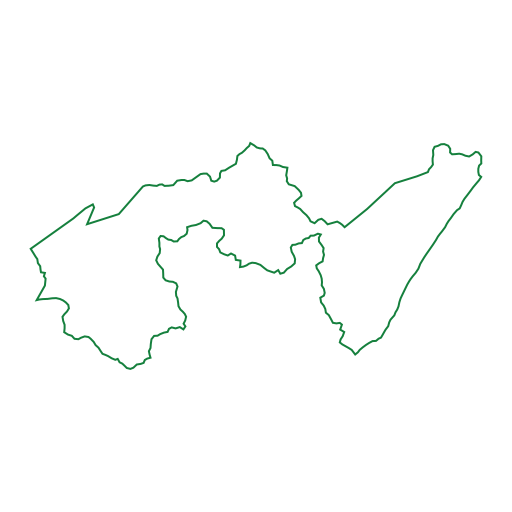 the district of Mata de São João, Bahia, Brazil
{"feature_id": "56859067B13319482102872", "entity_name": "Mata de São João", "entity_type": "district", "adm_level": 2, "iso_a3": "BRA", "parent_name": "Brazil", "parent_adm1": "Bahia", "projection": "mercator", "projection_center": [-38.132, -12.491], "detail": "fine", "context": "isolated", "style": "outline", "palette": "green", "viewbox_px": 512, "rotation_deg": 0, "n_neighbors": 0, "source": "geoboundaries", "source_scale": "gbopen_adm2", "svg_char_len": 4819}
<svg xmlns="http://www.w3.org/2000/svg" viewBox="0 0 512 512"><path d="M355.2,354.5L357.9,352.3L359.7,349.9L362.8,347.3L366.2,344.8L369.2,342.9L372.5,341.1L376.0,340.9L378.6,338.7L381.0,337.6L382.7,334.7L384.2,332.0L385.6,329.6L388.2,326.2L389.2,322.4L390.5,319.7L392.5,317.4L394.3,315.4L395.5,312.3L397.2,309.6L398.5,306.4L399.4,302.1L400.6,298.4L402.1,295.2L403.8,291.7L405.4,288.4L407.3,284.5L409.1,281.4L410.6,279.1L412.7,276.3L415.6,272.9L418.4,268.7L420.3,263.8L422.1,260.8L424.3,257.2L426.5,253.9L428.4,251.2L430.5,248.2L433.0,244.6L436.0,240.0L437.9,236.6L440.0,233.8L441.9,231.5L445.1,227.2L446.8,223.8L448.5,221.1L450.9,218.0L453.6,214.1L457.0,210.2L459.7,208.4L461.1,205.4L462.6,201.8L464.5,198.7L467.0,195.5L469.2,192.6L471.0,190.2L473.1,187.3L476.6,183.1L479.0,180.3L481.2,176.9L478.9,175.0L478.3,171.9L478.3,168.8L479.1,165.6L481.3,163.5L481.2,160.3L481.3,156.3L478.4,152.5L475.6,151.9L472.7,154.4L469.1,156.5L465.3,155.7L462.1,154.3L459.2,153.7L455.4,154.1L452.1,154.3L450.1,152.5L450.2,148.8L448.2,145.7L444.3,144.1L441.0,144.3L437.9,145.9L434.6,146.8L433.0,150.2L433.3,155.0L432.6,158.3L432.6,161.2L432.9,164.6L431.1,167.1L429.0,169.3L427.9,172.1L417.0,176.3L394.9,183.2L367.1,209.0L344.6,227.2L342.1,224.7L339.9,223.1L337.2,221.6L327.6,224.3L324.6,221.1L321.6,218.8L318.3,219.8L314.6,223.2L310.5,221.3L309.1,218.4L306.5,215.2L303.0,212.1L300.2,209.0L297.6,207.4L295.0,206.1L294.1,202.8L296.2,200.6L298.7,198.5L301.5,195.9L301.0,192.8L298.7,189.9L294.7,186.1L288.8,184.3L286.8,181.2L287.1,178.4L286.2,175.3L286.9,171.2L287.4,167.7L282.9,167.0L279.5,165.5L276.5,165.1L272.9,165.0L272.3,160.7L269.6,158.3L267.7,154.0L265.3,150.4L262.7,148.5L260.1,148.4L256.8,147.5L254.2,145.4L250.3,143.1L249.2,145.9L246.7,148.1L244.7,150.3L241.9,152.8L239.5,154.1L237.4,156.0L236.9,159.9L235.9,163.8L232.4,165.8L229.1,167.7L225.1,170.3L221.4,170.9L220.0,173.4L219.9,177.6L216.9,180.7L214.2,181.6L211.3,180.7L210.0,176.6L206.8,173.6L203.6,173.6L200.5,174.1L196.3,177.1L191.7,180.4L187.6,181.2L184.4,180.0L181.5,180.0L177.2,180.7L173.3,185.1L168.9,185.7L164.5,185.9L162.2,184.4L159.5,184.6L156.8,185.9L153.3,185.6L149.4,185.0L145.5,185.4L142.9,186.5L118.8,214.1L87.1,224.2L94.1,207.5L92.8,204.4L85.4,208.4L76.8,215.5L73.4,218.4L30.7,248.8L33.4,253.1L35.6,256.7L37.3,259.1L37.9,263.1L40.2,266.2L40.5,269.4L41.0,272.3L44.9,272.9L43.9,276.3L45.6,278.6L45.3,281.7L44.9,285.6L36.7,300.1L39.3,299.5L42.8,299.1L47.7,298.9L52.1,298.3L56.1,298.1L60.0,299.0L63.2,300.5L65.8,302.4L68.3,305.0L68.9,308.4L67.0,311.5L64.3,314.3L62.5,316.8L63.2,321.0L64.6,324.8L64.6,328.2L64.2,332.2L68.0,334.6L71.8,335.8L74.5,338.8L78.4,339.2L81.1,337.7L84.7,336.4L88.5,337.0L90.6,338.7L93.7,341.9L95.6,345.1L98.5,347.7L100.8,351.3L102.5,353.8L105.4,354.9L108.1,356.1L111.7,358.3L115.3,359.8L117.7,358.9L119.6,362.3L122.3,363.6L124.5,365.7L126.8,368.0L130.4,368.9L133.4,367.7L136.8,364.5L140.7,363.9L143.6,362.9L144.8,360.0L147.2,358.6L150.5,357.7L149.6,354.6L148.9,351.2L150.5,348.0L150.8,344.0L151.5,339.2L154.1,335.9L157.6,335.7L160.2,334.1L164.0,332.6L167.6,331.9L169.0,328.8L171.7,327.4L175.6,328.4L179.8,327.1L183.4,329.4L185.4,326.4L183.6,323.7L185.2,320.5L186.1,316.7L184.8,314.0L182.9,311.8L180.4,309.5L178.5,306.2L178.1,302.5L177.5,298.4L176.2,295.8L175.9,291.9L177.5,286.5L176.2,283.4L172.9,281.8L169.3,281.5L165.6,280.3L163.3,277.6L163.2,273.4L163.0,269.6L160.6,266.9L157.9,263.8L156.2,260.3L157.4,256.6L159.7,253.1L160.1,249.1L159.4,246.5L159.4,242.8L158.8,238.5L160.6,236.0L163.6,236.3L165.9,238.1L168.3,239.6L171.2,240.0L173.7,241.5L177.3,241.3L179.0,239.0L181.3,237.1L184.1,236.0L186.7,233.7L187.5,230.0L187.1,227.2L191.4,225.8L196.0,225.0L200.6,223.2L203.5,220.7L206.7,221.3L209.6,223.8L212.4,227.8L217.3,228.1L221.6,228.2L223.9,229.8L224.0,235.3L221.7,238.7L219.4,240.7L217.0,243.4L217.0,246.9L219.1,249.2L220.3,252.4L224.2,254.3L227.8,255.5L231.0,253.5L235.1,255.6L235.8,259.9L240.5,260.6L240.4,264.1L240.0,267.1L243.4,266.6L246.7,265.3L249.0,263.7L252.1,262.7L255.7,263.1L260.4,264.9L264.3,268.1L267.2,270.3L270.9,271.6L274.2,272.7L278.2,270.1L280.3,273.7L283.8,272.7L287.1,269.0L291.2,266.5L294.7,263.4L295.1,259.2L294.0,255.9L291.7,251.8L290.8,247.5L292.4,244.9L295.4,244.7L298.7,243.4L301.9,243.1L303.3,240.0L305.8,238.5L308.7,238.0L310.6,235.7L313.9,235.6L317.9,233.7L320.8,234.5L318.9,237.6L319.0,241.5L321.6,245.0L323.6,248.1L323.1,251.6L324.0,254.9L323.1,258.1L322.6,261.4L319.3,263.1L316.2,265.4L316.8,268.4L318.7,271.2L320.7,275.2L321.7,278.7L322.0,282.3L321.7,285.4L323.9,288.9L324.7,292.9L323.9,295.6L320.3,297.7L321.1,302.4L323.7,305.6L325.3,309.0L325.9,312.7L328.8,315.1L331.2,319.5L332.9,322.8L336.4,323.4L339.8,322.9L341.9,324.6L340.2,329.6L344.2,332.0L342.7,336.2L340.6,339.4L339.8,342.4L342.3,344.4L345.5,346.2L348.7,348.0L351.7,349.9L353.6,352.4L355.2,354.5Z" fill="none" stroke="#15803d" stroke-width="2"/></svg>